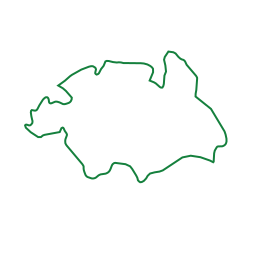 an SVG outline of Carabobo, rotated 147°
{"feature_id": "VEN-33", "entity_name": "Carabobo", "entity_type": "State", "adm_level": 1, "iso_a3": "VEN", "parent_name": "Venezuela", "parent_adm1": "", "projection": "mercator", "projection_center": [-67.927, 10.207], "detail": "fine", "context": "isolated", "style": "outline", "palette": "green", "viewbox_px": 256, "rotation_deg": 147, "n_neighbors": 0, "source": "natural_earth", "source_scale": "10m", "svg_char_len": 2616}
<svg xmlns="http://www.w3.org/2000/svg" viewBox="0 0 256 256"><g transform="rotate(147 128 128)"><path d="M75.2,52.9L77.0,56.1L83.2,64.1L90.5,70.6L98.4,73.7L121.9,73.5L125.3,74.3L129.8,76.3L134.3,77.8L137.5,77.2L140.3,75.8L143.6,75.0L145.9,75.2L147.3,75.9L147.9,77.3L148.1,78.8L147.3,81.1L147.0,83.7L146.8,91.4L147.1,94.7L149.8,99.0L157.7,105.7L158.6,106.1L159.5,106.1L160.6,106.0L161.5,105.6L162.3,105.1L164.6,103.4L166.2,102.4L167.1,102.0L168.2,101.7L169.3,101.6L170.5,101.7L171.6,101.9L176.2,104.0L177.3,104.2L178.5,104.3L181.8,103.9L182.9,104.0L183.9,104.3L184.8,104.7L185.7,105.3L186.4,106.1L188.6,108.9L189.1,110.1L189.2,111.8L188.5,115.0L188.0,116.7L187.4,118.0L186.2,119.9L186.0,120.8L186.0,122.7L189.0,146.8L189.0,148.0L188.8,149.4L187.9,151.0L187.2,152.0L186.4,152.8L183.3,155.1L182.7,155.9L182.5,157.1L182.6,160.1L182.4,161.3L182.2,162.4L182.2,163.4L182.7,164.0L183.9,164.1L187.5,161.8L201.7,167.7L202.5,167.9L203.5,168.1L204.4,168.0L205.9,167.8L208.3,169.3L211.9,177.5L213.5,183.9L212.9,186.2L212.2,186.5L211.4,186.2L210.8,185.6L209.6,184.1L208.7,183.6L207.5,183.6L205.7,184.2L204.8,185.1L204.2,186.1L203.9,187.1L202.6,190.6L201.0,194.0L199.9,195.2L198.9,195.4L196.9,193.5L196.1,193.0L195.1,192.8L194.2,193.0L193.3,193.4L190.0,195.3L183.9,198.1L182.1,198.5L180.5,198.6L179.6,198.2L178.9,197.6L178.7,196.7L178.8,195.8L179.1,194.8L180.0,193.0L180.2,192.2L180.0,191.4L179.5,190.8L178.6,190.4L175.1,189.8L174.1,189.4L173.3,188.8L172.7,188.2L171.5,186.8L169.5,183.5L168.9,183.0L167.9,182.4L166.4,181.9L164.0,181.3L162.6,181.3L161.4,181.6L159.8,182.6L158.6,184.1L159.9,193.0L161.0,196.8L163.4,201.6L155.2,202.0L148.4,203.0L146.0,203.1L135.3,202.4L127.4,200.7L125.4,200.0L124.4,199.4L123.6,198.6L122.6,196.4L122.7,195.3L123.0,194.5L125.2,192.4L125.7,191.6L125.6,190.7L125.2,189.9L124.0,189.6L123.3,189.6L122.5,189.8L118.5,192.1L114.6,193.4L110.7,196.1L109.4,195.9L107.7,194.7L104.7,191.5L101.7,189.0L99.9,188.1L98.2,186.8L96.5,185.0L95.6,184.4L81.9,175.3L79.5,173.4L77.1,170.7L75.7,168.2L75.1,166.7L74.8,165.3L74.8,164.0L76.6,161.1L84.0,156.0L81.3,152.1L80.4,150.3L79.0,145.2L78.6,144.3L77.9,143.6L77.1,143.2L75.5,144.0L73.9,145.5L68.9,152.1L65.4,154.6L62.6,160.1L60.6,165.6L58.5,167.5L52.5,170.1L48.7,166.8L47.5,164.6L47.0,160.2L46.3,157.6L45.5,156.2L44.4,154.9L44.0,153.8L43.9,152.6L44.4,149.1L42.5,134.7L42.6,132.7L43.1,131.8L50.0,122.7L52.6,119.9L54.2,117.6L48.0,98.8L48.9,72.6L49.7,69.4L51.2,65.5L52.6,63.2L53.3,62.5L54.0,61.9L54.8,61.4L55.8,61.1L56.9,61.0L58.1,61.1L59.1,61.4L62.3,63.4L63.2,63.7L64.1,63.5L67.5,61.8L69.5,59.9L74.5,53.1L75.2,52.9Z" fill="none" stroke="#15803d" stroke-width="2"/></g></svg>